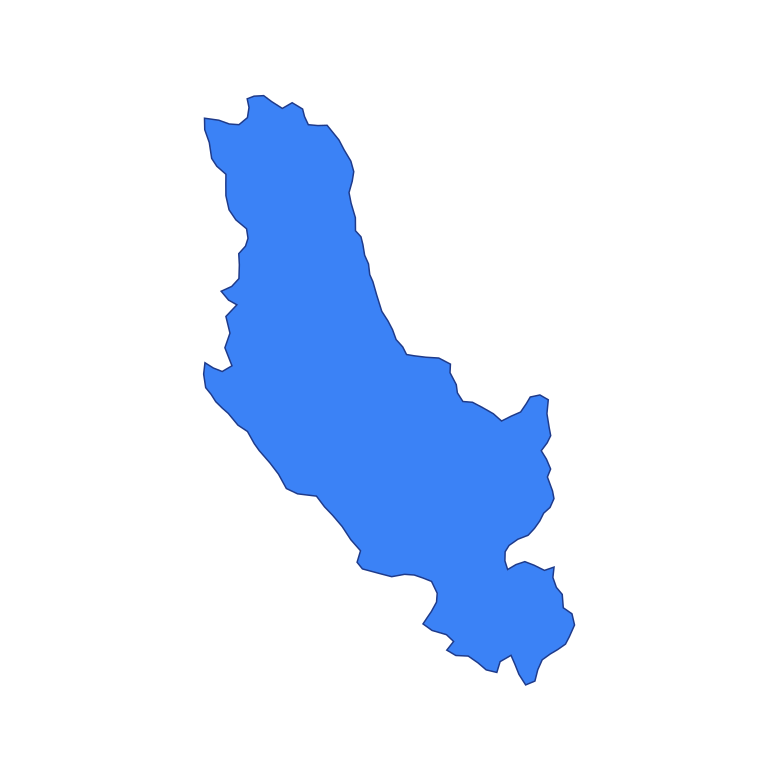 outline of Arapeí, São Paulo, Brazil, rotated 114°
{"feature_id": "56859067B47911021551536", "entity_name": "Arapeí", "entity_type": "district", "adm_level": 2, "iso_a3": "BRA", "parent_name": "Brazil", "parent_adm1": "São Paulo", "projection": "mercator", "projection_center": [-44.44, -22.672], "detail": "fine", "context": "isolated", "style": "filled", "palette": "blue", "viewbox_px": 768, "rotation_deg": 114, "n_neighbors": 0, "source": "geoboundaries", "source_scale": "gbopen_adm2", "svg_char_len": 2199}
<svg xmlns="http://www.w3.org/2000/svg" viewBox="0 0 768 768"><g transform="rotate(114 384 384)"><path d="M331.6,227.5L330.6,237.1L336.4,245.1L344.1,246.0L354.0,247.8L361.6,254.7L370.0,261.6L366.7,272.0L365.5,284.0L364.7,295.7L367.9,304.8L362.2,313.4L355.2,317.7L346.8,328.3L338.8,331.4L338.0,344.5L342.5,356.6L345.9,367.7L347.9,375.4L342.5,382.0L338.5,391.0L330.9,398.3L324.8,406.0L318.5,415.6L305.3,427.2L295.0,435.8L289.9,441.5L280.6,447.0L274.2,454.1L265.2,460.0L258.9,464.9L255.6,472.4L243.7,477.8L232.2,487.6L223.4,493.8L211.7,495.5L202.3,498.0L193.9,504.9L186.3,515.7L179.4,524.4L170.8,541.2L174.8,549.5L177.9,558.6L172.0,565.4L165.9,570.2L164.4,582.3L173.6,589.0L171.7,601.6L169.5,611.2L173.9,619.8L179.1,625.0L186.3,619.8L196.2,617.1L206.1,622.0L209.4,631.1L210.2,642.2L214.2,656.1L224.6,651.2L234.5,641.8L248.0,633.2L253.1,625.3L256.7,613.7L265.5,609.9L276.3,605.0L287.9,596.4L294.3,586.1L298.1,572.7L306.2,567.5L314.4,566.6L324.0,569.7L334.0,564.6L346.7,559.4L356.8,562.8L365.5,570.5L370.6,560.1L371.5,550.6L386.6,555.9L400.2,545.4L415.6,544.1L429.2,530.3L438.4,536.9L438.8,546.4L437.4,556.2L448.3,552.8L459.9,545.4L463.8,537.7L468.6,530.5L471.9,521.7L474.2,514.3L481.0,500.7L482.9,489.4L491.3,478.2L495.6,470.9L502.5,456.1L509.3,443.7L519.2,430.7L519.5,418.3L513.9,400.1L520.4,388.4L524.8,377.6L531.2,364.3L539.8,350.9L545.9,337.6L557.8,336.1L561.7,328.5L558.9,310.7L556.9,298.6L549.5,287.8L546.2,278.7L545.4,269.8L545.0,260.3L553.5,250.3L561.9,247.3L572.6,248.2L579.7,249.5L587.3,250.8L589.6,239.9L587.6,225.0L590.9,215.7L601.6,218.4L602.8,208.0L598.3,196.4L600.5,184.8L603.6,174.4L601.6,163.6L590.4,165.0L580.2,157.6L586.8,150.4L594.4,142.6L601.3,132.2L594.0,125.3L582.5,127.3L571.6,127.3L563.0,122.3L556.1,117.4L547.8,112.4L539.4,111.9L526.7,111.9L517.5,118.8L515.5,129.2L503.7,135.6L499.7,143.8L492.1,151.0L482.1,154.2L489.0,161.6L488.5,173.2L489.0,183.1L495.3,190.0L503.2,195.6L496.4,201.6L488.0,205.1L480.6,204.1L471.4,198.6L463.5,190.8L454.7,187.8L445.8,186.0L437.1,185.6L429.2,182.1L419.6,182.1L413.2,186.5L402.5,196.9L393.9,197.2L386.6,205.0L381.0,213.2L371.4,211.0L363.4,210.7L356.6,215.4L344.8,223.1L331.6,227.5Z" fill="#3b82f6" stroke="#1e3a8a" stroke-width="1.5"/></g></svg>